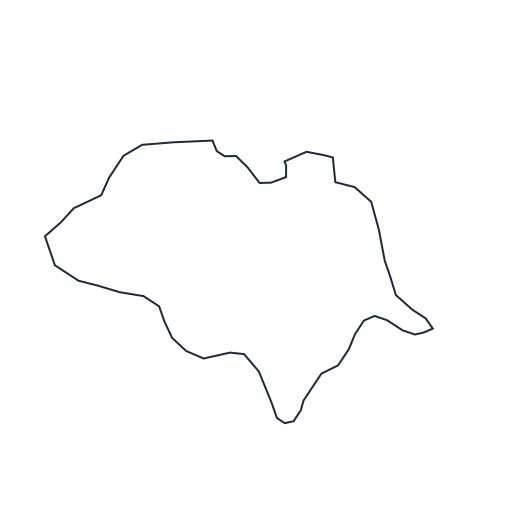 the district of Pongsan, Hwanghae-bukto, North Korea, rotated 213°
{"feature_id": "82179303B35443402904983", "entity_name": "Pongsan", "entity_type": "district", "adm_level": 2, "iso_a3": "PRK", "parent_name": "North Korea", "parent_adm1": "Hwanghae-bukto", "projection": "natural_earth1", "projection_center": [125.882, 38.516], "detail": "fine", "context": "isolated", "style": "outline", "palette": "slate", "viewbox_px": 512, "rotation_deg": 213, "n_neighbors": 0, "source": "geoboundaries", "source_scale": "gbopen_adm2", "svg_char_len": 928}
<svg xmlns="http://www.w3.org/2000/svg" viewBox="0 0 512 512"><g transform="rotate(213 256 256)"><path d="M134.5,137.9L134.4,150.9L137.4,160.6L137.3,173.5L137.1,192.9L127.6,209.0L127.4,228.4L130.4,244.5L130.3,260.7L123.9,270.3L111.4,273.5L92.6,273.5L80.0,276.7L73.7,283.1L68.2,291.4L79.8,296.1L95.5,296.1L117.4,299.4L132.9,312.4L145.4,322.1L167.1,344.8L188.9,364.2L210.8,367.5L229.7,361.1L245.2,380.5L254.6,377.3L270.4,370.9L283.6,350.8L280.0,348.3L273.8,338.6L283.3,325.7L292.8,319.2L311.5,325.8L327.2,329.0L336.6,322.6L346.0,322.6L355.4,329.1L386.9,306.6L412.1,287.2L421.7,267.9L421.9,242.0L418.9,222.7L434.8,196.9L438.1,177.5L443.8,157.6L419.6,138.7L391.4,138.6L372.5,145.0L350.6,151.4L328.5,161.1L309.8,161.0L297.3,151.3L281.7,141.6L262.9,138.3L244.1,141.5L225.2,160.8L212.6,167.2L190.7,160.7L172.0,147.7L162.7,141.2L150.2,131.5L143.0,131.5L140.8,131.5L134.5,137.9Z" fill="none" stroke="#1e293b" stroke-width="2"/></g></svg>